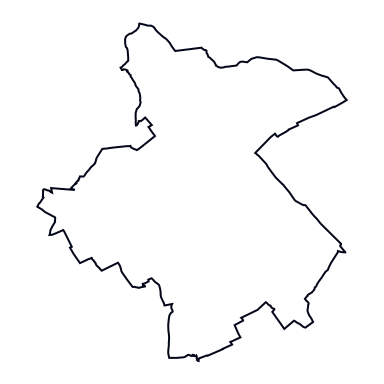 the district of Danesti, Vaslui, Romania
{"feature_id": "2599482B3410244555477", "entity_name": "Danesti", "entity_type": "district", "adm_level": 2, "iso_a3": "ROU", "parent_name": "Romania", "parent_adm1": "Vaslui", "projection": "equal_earth", "projection_center": [27.662, 46.845], "detail": "fine", "context": "isolated", "style": "outline", "palette": "ink", "viewbox_px": 384, "rotation_deg": 0, "n_neighbors": 0, "source": "geoboundaries", "source_scale": "gbopen_adm2", "svg_char_len": 5884}
<svg xmlns="http://www.w3.org/2000/svg" viewBox="0 0 384 384"><path d="M337.7,252.5L337.9,251.1L341.4,252.1L345.3,252.4L345.3,252.2L340.7,246.8L340.1,245.8L341.0,244.3L341.0,243.8L320.6,223.6L317.4,219.5L312.9,214.7L305.4,205.1L303.3,205.1L300.4,203.6L295.5,200.9L294.4,199.7L289.3,192.2L283.9,185.7L283.7,185.3L280.2,182.0L275.8,177.6L272.9,173.8L271.0,171.2L268.0,167.1L266.3,164.0L258.8,155.9L255.2,153.0L270.9,136.9L275.0,133.7L275.8,134.7L276.1,135.4L277.0,136.4L277.9,136.7L278.2,136.6L278.9,135.7L285.6,132.0L288.5,130.1L288.6,129.5L289.7,129.1L298.0,125.4L297.0,123.1L309.1,117.6L316.1,115.1L333.9,106.6L334.5,107.1L342.7,102.5L346.7,100.0L345.4,98.6L343.7,96.4L340.8,91.9L339.3,88.9L339.0,88.4L336.8,87.5L335.4,85.5L334.0,84.3L328.6,78.2L327.7,77.3L321.4,75.5L316.2,73.5L311.1,70.8L308.6,69.8L306.1,69.6L293.3,70.4L287.4,66.2L280.0,61.7L276.9,59.9L275.4,59.6L268.0,58.8L259.1,57.3L256.8,57.2L252.2,58.6L251.1,59.1L247.2,62.3L242.6,61.6L240.3,61.9L238.4,63.3L236.6,65.5L228.3,66.6L225.2,66.8L223.8,67.4L220.5,67.7L219.2,67.3L218.0,66.9L216.8,66.0L216.0,65.7L215.9,65.1L215.8,64.7L215.2,63.9L214.6,62.5L213.9,61.5L209.7,57.6L208.3,56.8L207.6,54.6L207.2,53.8L206.7,53.3L206.6,53.0L206.5,52.1L206.6,50.9L206.5,50.7L205.6,50.1L205.2,50.0L204.6,50.1L204.2,49.9L201.9,48.3L201.6,47.7L191.8,48.9L189.1,49.3L186.2,49.6L175.2,51.0L172.1,46.8L169.6,42.8L168.9,41.9L166.0,38.8L163.0,36.8L157.9,32.2L155.9,30.2L154.3,27.7L153.4,26.8L151.2,25.7L148.2,25.6L147.2,25.5L145.4,24.9L141.1,23.9L139.2,23.3L139.1,23.0L139.2,24.2L139.1,25.3L138.6,27.2L138.0,28.2L136.7,29.7L136.1,30.4L131.8,33.3L131.0,33.6L129.8,33.7L127.9,34.9L126.2,36.3L125.5,37.9L125.1,39.1L125.2,43.8L125.9,47.0L126.8,47.8L127.6,50.0L128.2,57.5L128.2,60.8L126.7,62.1L125.0,64.1L123.8,65.0L123.5,65.1L122.7,66.1L121.7,67.2L120.6,67.6L121.9,70.0L122.7,70.0L123.8,69.2L126.4,69.9L127.5,70.5L127.7,70.9L127.1,71.6L128.7,73.0L129.3,74.1L129.7,74.6L130.6,75.0L130.6,76.2L130.9,77.0L131.5,77.6L133.1,80.3L134.4,82.1L135.2,83.8L135.7,85.7L138.4,89.2L138.5,90.0L138.6,91.2L139.6,93.2L139.7,94.0L139.9,94.6L140.2,96.7L140.3,99.1L140.0,100.5L140.6,101.8L140.5,102.9L139.5,106.2L138.4,107.3L137.8,108.2L137.0,108.8L136.5,110.0L135.7,112.8L135.6,117.0L135.8,120.3L135.7,123.5L135.9,124.8L135.9,125.5L136.3,125.5L136.7,125.3L137.9,123.7L138.2,122.6L138.7,122.0L138.7,121.1L139.4,120.9L140.6,121.2L142.0,120.3L145.2,117.5L151.8,125.1L148.5,127.0L149.3,128.0L151.0,130.7L155.0,136.0L141.3,147.0L138.0,149.4L136.7,150.1L135.7,149.5L133.6,148.9L132.9,148.3L131.3,147.6L130.8,147.0L130.4,145.9L129.7,146.1L126.3,146.2L112.1,147.7L108.6,148.2L107.8,148.4L102.3,148.9L96.8,157.6L96.1,159.4L95.9,160.8L94.9,163.1L95.0,163.2L94.0,164.5L90.8,167.3L89.5,169.2L86.7,172.3L85.8,173.5L84.8,175.2L83.6,176.6L80.0,176.4L79.7,177.3L79.4,177.6L79.3,178.1L79.1,178.4L79.1,178.7L78.6,179.3L78.7,179.5L78.5,180.1L78.3,180.3L78.3,180.6L78.1,180.9L77.8,180.9L77.7,181.2L77.3,181.3L75.6,183.1L76.2,183.6L74.6,184.5L72.5,186.6L71.3,188.0L70.6,188.7L70.8,188.8L74.0,189.5L73.9,189.9L51.1,188.1L52.1,192.7L50.5,191.9L50.3,191.4L49.8,191.2L49.1,190.7L48.4,190.4L47.5,190.4L45.4,189.5L44.6,189.3L44.2,189.2L43.7,189.4L43.3,189.6L43.0,190.1L43.1,190.8L43.2,191.8L43.0,192.9L43.0,196.2L42.7,196.8L42.9,197.4L43.4,197.6L39.9,202.8L39.0,203.4L37.3,206.7L42.0,209.5L45.0,212.0L55.1,217.4L55.2,219.0L54.9,220.4L55.1,221.8L52.0,227.0L50.7,229.7L50.4,230.6L49.9,233.9L49.5,235.0L51.9,234.8L54.6,233.8L61.2,231.0L63.1,230.0L64.1,231.3L71.8,246.8L70.0,247.6L70.5,248.6L73.8,254.2L80.0,263.1L85.4,260.6L88.3,259.2L90.1,258.6L91.7,257.9L92.0,258.5L92.1,259.1L92.4,259.5L93.7,260.5L93.8,261.1L94.1,261.4L94.4,261.6L94.8,262.0L94.9,262.4L95.6,263.2L95.6,263.7L96.1,264.3L96.3,265.1L97.0,266.0L97.3,266.1L99.2,267.9L100.1,269.1L101.4,270.2L101.7,270.7L118.0,262.7L118.9,264.0L120.2,266.4L120.4,267.4L120.8,268.4L121.3,270.8L121.9,272.2L127.0,279.5L132.5,286.8L132.9,287.0L134.8,286.8L135.8,287.3L137.3,287.4L138.5,287.9L141.7,287.1L144.9,286.5L144.9,285.9L144.7,285.7L142.9,286.0L142.9,284.6L142.7,283.9L143.0,283.7L144.5,283.5L148.6,281.4L148.7,281.1L148.2,279.7L148.3,279.6L151.5,278.3L152.3,278.9L155.1,282.0L157.9,284.0L158.9,284.9L159.4,286.1L160.0,288.4L160.6,291.8L160.6,294.0L160.7,295.5L161.1,297.3L162.8,301.1L163.3,301.8L164.2,304.2L164.5,305.5L172.1,304.0L171.5,305.5L171.3,306.6L171.3,307.4L171.5,308.4L172.5,310.6L172.6,311.1L172.6,311.7L172.3,312.0L171.6,312.4L170.7,313.2L169.8,314.7L169.4,315.6L169.1,317.1L168.5,321.4L168.5,322.3L168.2,324.8L168.4,330.5L169.0,335.4L169.1,338.5L168.8,343.1L168.8,345.8L168.3,350.3L168.2,352.4L168.3,353.7L169.2,357.9L176.5,357.9L183.6,357.3L184.8,357.0L185.4,356.6L185.9,356.1L187.3,355.5L187.9,355.0L188.4,354.8L190.0,355.3L190.9,355.8L192.0,356.0L192.3,355.9L192.3,355.6L192.5,354.9L193.8,354.9L193.9,355.9L194.1,356.0L194.3,355.9L195.2,356.1L196.3,355.4L196.4,355.7L196.8,356.5L196.6,357.8L196.8,357.9L196.9,358.6L197.1,358.9L197.0,359.4L197.2,359.7L197.0,360.0L197.7,360.8L198.6,361.0L198.6,360.1L199.0,358.4L207.0,355.4L207.4,355.8L222.9,349.1L222.7,348.8L232.1,344.6L231.2,343.0L230.3,342.0L240.4,337.4L238.3,333.5L234.6,325.1L243.1,320.6L242.6,319.2L241.2,317.8L257.5,309.9L265.8,302.2L267.3,303.3L267.6,303.8L268.3,304.6L269.7,305.4L270.4,305.6L270.7,305.9L270.7,306.4L271.3,307.2L272.4,308.2L274.3,308.9L274.3,309.6L272.3,311.9L284.3,328.9L294.0,320.7L294.9,321.1L296.7,322.5L299.1,323.7L300.3,324.4L302.8,326.5L303.7,327.1L305.4,327.6L313.1,322.0L311.3,318.4L309.1,315.2L307.7,311.7L307.5,310.0L308.1,306.7L308.1,305.0L308.7,303.8L308.5,302.9L308.0,302.2L306.1,300.5L304.9,298.8L307.2,296.1L307.5,295.9L307.4,295.5L308.2,294.7L309.0,294.1L311.8,292.5L312.6,291.5L313.5,290.7L314.6,288.9L314.7,287.6L315.2,287.1L316.1,286.5L316.4,286.0L316.6,285.1L316.9,284.5L318.7,281.6L322.3,276.7L323.3,274.9L323.9,274.2L325.3,272.0L328.0,269.7L328.6,267.8L331.0,262.9L337.7,252.5Z" fill="none" stroke="#020617" stroke-width="2"/></svg>